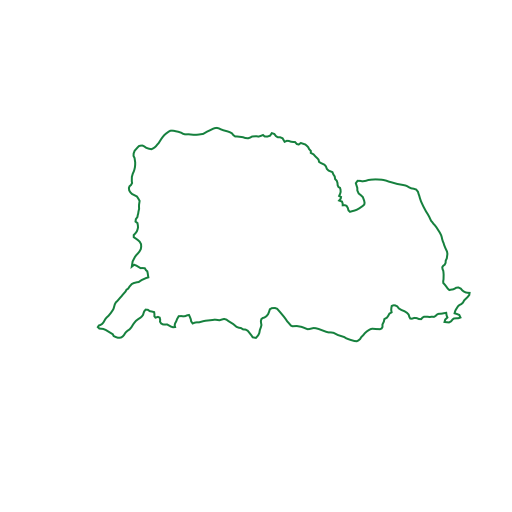 the district of Minas Novas, Minas Gerais, Brazil, rotated 151°
{"feature_id": "56859067B75045763241857", "entity_name": "Minas Novas", "entity_type": "district", "adm_level": 2, "iso_a3": "BRA", "parent_name": "Brazil", "parent_adm1": "Minas Gerais", "projection": "mercator", "projection_center": [-42.425, -17.355], "detail": "fine", "context": "isolated", "style": "outline", "palette": "green", "viewbox_px": 512, "rotation_deg": 151, "n_neighbors": 0, "source": "geoboundaries", "source_scale": "gbopen_adm2", "svg_char_len": 6109}
<svg xmlns="http://www.w3.org/2000/svg" viewBox="0 0 512 512"><g transform="rotate(151 256 256)"><path d="M314.7,400.6L316.3,396.4L317.5,394.3L318.9,392.3L320.5,390.5L321.9,389.2L323.8,387.8L326.2,385.4L328.4,381.6L329.0,379.9L330.9,378.7L332.8,378.3L334.2,377.1L335.1,374.8L335.0,372.6L334.4,370.4L331.3,365.8L331.1,363.2L331.1,360.6L332.4,358.9L333.4,357.6L334.4,355.9L335.4,353.9L337.2,351.9L338.5,350.2L339.7,349.0L340.8,347.6L343.2,346.5L344.7,344.5L343.7,342.3L344.5,340.0L345.4,338.1L346.8,336.6L348.3,335.3L350.5,334.3L352.8,333.6L353.8,331.7L352.4,329.0L351.5,327.0L350.8,324.9L350.8,322.1L351.9,319.8L353.4,317.9L355.8,316.4L358.1,315.5L360.3,314.8L362.3,313.9L366.5,311.1L369.8,306.9L366.8,307.4L365.3,305.6L362.9,301.4L361.0,300.4L359.2,299.2L359.1,296.9L358.5,295.3L359.1,293.4L359.8,291.5L360.5,289.5L362.8,290.0L367.5,290.4L369.3,290.3L371.2,290.1L373.0,290.8L376.1,291.6L378.3,291.7L381.4,290.6L383.7,289.4L385.6,289.3L387.3,288.2L391.5,286.7L393.1,286.0L395.0,285.4L397.1,284.6L399.3,283.8L401.0,283.4L402.9,282.2L406.2,278.9L407.7,278.0L410.7,276.5L414.0,275.2L416.5,274.6L418.3,273.9L421.6,271.9L423.5,271.2L425.5,271.1L427.1,271.4L428.8,270.5L428.2,268.5L425.0,266.3L423.3,264.2L419.2,257.0L419.3,255.0L418.0,253.2L416.6,251.6L414.9,250.6L413.3,250.1L411.4,250.3L409.5,251.0L408.0,251.9L406.4,252.5L404.6,252.9L402.2,253.1L399.7,254.0L396.3,255.9L394.5,256.7L392.4,257.5L389.6,257.9L386.8,258.1L385.1,258.5L383.3,259.3L382.1,260.5L380.6,261.8L378.5,262.6L376.6,261.3L375.7,259.3L374.0,257.9L372.3,256.3L373.0,254.4L374.1,252.5L373.8,250.8L371.3,250.3L370.1,248.8L370.7,246.7L371.8,245.1L371.7,243.0L370.5,241.2L368.7,240.1L366.9,239.2L364.6,235.5L363.1,233.9L361.2,233.1L360.7,234.9L359.4,236.3L357.5,237.5L355.6,239.1L352.8,240.8L350.5,239.7L348.9,238.5L347.0,237.7L345.0,237.5L343.2,236.9L343.4,234.5L343.7,232.3L344.4,230.2L344.1,227.7L341.9,227.4L339.9,226.7L338.0,225.6L333.5,224.5L331.4,223.8L328.6,222.6L324.8,221.0L322.9,220.3L321.2,219.1L319.1,217.5L316.3,216.9L314.4,216.4L312.7,214.7L311.7,212.5L308.9,207.5L307.4,203.5L305.8,201.6L304.1,200.3L302.9,198.1L300.8,196.7L299.5,194.7L299.1,192.6L298.8,190.7L298.5,188.9L298.3,186.5L295.8,184.4L293.5,185.2L292.0,185.9L290.4,187.1L288.5,189.4L286.3,191.3L284.7,193.0L284.1,194.8L283.3,196.7L281.9,198.2L280.2,198.5L278.4,198.1L276.1,198.3L273.7,199.2L271.7,200.8L269.7,202.7L267.4,202.7L264.6,201.3L263.1,199.6L262.1,195.0L261.0,189.2L260.6,186.2L260.4,183.7L259.9,181.7L259.2,178.2L258.2,176.9L254.3,175.0L250.7,172.1L249.1,170.3L247.5,168.3L246.4,167.0L244.9,166.3L240.6,165.1L238.8,163.9L236.6,161.8L231.3,155.6L229.7,154.1L227.5,152.8L225.4,151.2L222.7,147.2L218.1,142.3L217.1,140.4L215.7,138.7L214.0,136.8L211.1,133.9L209.2,132.6L207.5,132.5L205.2,132.9L203.3,134.0L200.5,134.8L198.3,135.7L195.7,136.3L193.4,136.5L191.3,136.5L189.5,136.0L186.7,134.1L183.1,131.9L181.3,131.7L179.8,132.6L178.6,134.8L175.9,136.7L174.3,138.6L171.4,138.6L169.3,139.6L167.3,140.9L164.7,141.0L163.9,143.3L162.6,145.2L161.5,146.5L159.9,146.3L158.3,145.4L156.9,143.5L156.5,140.9L155.0,138.3L152.9,135.7L151.5,133.1L150.9,130.8L151.4,128.4L151.4,126.5L150.1,125.6L147.6,125.1L145.6,123.8L144.0,121.8L142.1,120.7L140.3,121.4L138.5,121.4L136.8,120.5L135.1,119.5L133.7,118.4L131.7,117.7L129.9,116.5L128.1,116.5L126.3,117.0L124.6,117.0L121.4,115.5L119.5,114.9L117.2,114.1L118.1,111.7L118.4,109.4L121.3,108.7L123.1,106.9L121.3,105.6L119.4,104.3L117.0,104.3L114.8,105.2L113.2,105.4L111.2,104.5L109.0,103.4L107.0,103.1L106.8,105.9L108.5,108.0L110.1,109.6L108.7,111.1L107.2,112.2L103.7,114.1L101.9,114.5L99.7,114.4L97.6,114.9L95.4,116.3L90.9,117.5L88.4,118.5L87.1,120.2L88.7,121.2L90.3,122.5L91.6,124.4L92.3,126.1L92.7,128.2L94.3,130.4L96.4,131.2L98.2,131.1L99.9,131.3L101.7,132.0L103.4,132.5L104.1,134.5L104.4,137.1L104.8,139.6L105.3,141.5L104.5,143.2L103.3,144.7L101.0,148.6L100.1,150.5L99.4,152.2L99.2,154.1L98.5,155.9L97.0,156.7L95.2,156.9L93.5,158.1L92.3,160.0L90.3,161.4L87.6,165.0L86.8,167.2L86.5,171.4L86.1,174.5L85.7,176.2L85.5,178.2L85.0,180.5L84.4,182.5L84.0,184.4L83.9,187.4L84.3,193.7L84.7,196.3L85.2,198.2L85.4,200.1L85.8,201.8L85.7,203.6L85.5,206.2L85.5,209.3L85.7,212.6L85.6,218.2L85.4,221.1L85.2,223.8L84.6,227.1L84.0,229.6L83.7,231.5L83.2,233.7L83.7,236.5L85.6,238.5L87.4,239.9L88.8,241.8L89.9,243.7L91.0,245.1L92.7,246.6L97.6,250.6L101.6,254.6L103.8,256.7L105.6,258.8L107.8,260.8L109.4,262.0L112.6,264.0L114.4,265.1L118.2,266.9L120.9,268.0L123.5,268.5L126.7,269.7L128.5,271.2L130.7,272.5L133.4,271.3L134.4,266.4L135.6,264.2L135.9,260.9L134.8,258.3L134.0,255.7L134.3,253.8L134.6,251.9L135.3,249.8L136.4,248.5L138.5,248.0L142.7,247.6L145.5,247.6L147.9,248.0L150.2,248.6L152.4,249.1L153.0,251.0L152.4,253.6L152.5,256.0L153.7,257.4L155.6,258.3L154.8,259.8L154.4,261.9L156.4,264.2L154.1,265.1L153.0,266.4L154.2,268.2L152.3,269.6L150.9,271.0L149.9,273.1L149.5,274.9L150.4,276.3L150.3,278.2L149.3,280.5L148.9,282.7L149.5,284.9L148.6,287.4L148.8,289.8L148.5,292.3L151.1,295.5L151.8,297.8L151.4,300.5L151.9,302.7L154.2,305.9L155.2,307.7L154.6,310.0L155.0,311.8L155.8,314.3L156.4,317.0L158.1,319.6L157.1,321.3L157.7,323.7L157.6,325.9L158.1,327.7L158.8,329.6L162.0,333.1L164.6,332.8L166.0,334.1L166.6,336.7L168.5,337.9L170.1,339.1L171.5,340.7L173.2,341.8L175.6,342.0L175.7,346.1L177.3,348.1L179.5,349.4L180.5,351.4L180.8,353.8L182.6,355.8L185.4,354.4L188.3,355.0L190.5,356.4L191.2,358.4L193.5,358.7L195.9,359.2L197.5,360.5L199.5,361.5L201.5,362.4L203.7,362.4L205.9,362.8L208.3,364.5L209.8,366.2L211.4,367.4L214.6,369.7L216.3,370.7L217.2,372.7L217.6,375.0L218.9,377.0L220.5,378.8L223.6,381.8L225.4,383.9L226.6,385.6L228.1,387.0L230.0,387.8L231.7,388.1L235.9,388.3L238.4,388.5L243.0,388.4L247.5,390.1L249.8,391.1L251.6,392.1L255.9,395.1L259.2,396.9L260.6,398.3L261.6,400.0L263.7,402.3L265.7,404.0L267.0,405.2L268.6,406.3L270.2,407.1L272.0,407.1L275.3,406.7L277.6,406.2L279.7,405.4L281.9,404.4L286.5,401.9L288.1,401.4L290.3,400.5L292.1,400.1L293.8,400.0L295.7,400.1L297.8,401.9L299.6,403.9L300.6,406.0L301.7,407.6L303.3,408.4L305.0,408.9L306.8,408.4L311.1,406.9L313.3,405.0L314.6,402.9L314.7,400.6Z" fill="none" stroke="#15803d" stroke-width="2"/></g></svg>